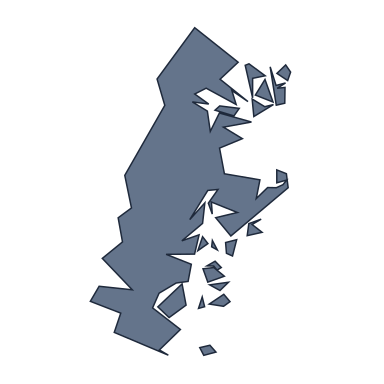 the Region of Aisén del General Carlos Ibáñez del Campo, rotated 183°
{"feature_id": "CHL-2691", "entity_name": "Aisén del General Carlos Ibáñez del Campo", "entity_type": "Region", "adm_level": 1, "iso_a3": "CHL", "parent_name": "Chile", "parent_adm1": "", "projection": "albers", "projection_center": [-74.056, -46.391], "detail": "medium", "context": "isolated", "style": "filled", "palette": "slate", "viewbox_px": 384, "rotation_deg": 183, "n_neighbors": 0, "source": "natural_earth", "source_scale": "10m", "svg_char_len": 1953}
<svg xmlns="http://www.w3.org/2000/svg" viewBox="0 0 384 384"><g transform="rotate(183 192 192)"><path d="M262.3,47.7L256.8,67.3L287.8,77.5L279.8,93.0L246.5,91.2L278.1,121.0L258.8,138.5L264.4,162.4L251.6,172.9L260.0,205.1L223.7,277.1L232.8,303.0L197.9,356.2L152.7,324.0L169.9,306.1L140.8,285.2L157.5,295.4L152.5,281.7L183.3,296.4L194.4,290.0L179.9,280.7L196.4,282.0L180.9,273.6L176.9,253.5L168.8,272.3L136.3,265.0L164.0,258.4L144.5,247.9L166.8,237.3L160.6,211.9L124.8,207.7L127.5,188.8L116.7,200.4L108.0,200.7L101.5,204.1L98.1,208.9L107.8,205.6L108.5,218.5L98.7,215.2L96.2,201.3L150.9,150.1L167.0,167.6L145.6,173.9L172.1,183.0L170.6,171.0L175.1,181.7L166.2,195.9L176.3,194.4L192.8,164.3L178.6,181.8L179.8,161.2L199.6,142.7L182.7,149.6L186.2,130.1L214.6,128.4L188.9,119.8L191.2,102.5L203.0,100.3L219.6,89.2L225.3,74.2L196.4,54.1L216.3,32.6L207.1,27.8L262.3,47.7ZM192.0,78.7L208.3,65.4L220.1,75.5L197.1,99.7L192.0,78.7ZM120.5,321.1L113.6,302.8L104.3,305.8L112.4,300.0L104.6,301.3L104.0,285.5L112.4,283.1L120.5,321.1ZM136.4,289.2L145.5,321.3L141.8,323.0L125.0,311.9L137.4,308.7L136.4,289.2ZM125.0,308.2L115.8,286.1L133.8,292.1L125.0,308.2ZM177.0,115.9L166.3,117.7L155.3,109.6L171.5,102.8L177.0,115.9ZM115.2,283.6L134.2,270.6L136.8,288.0L123.8,281.0L115.2,283.6ZM168.9,81.0L154.9,91.5L148.3,84.5L154.5,79.5L168.9,81.0ZM149.2,278.0L154.1,270.2L173.3,274.9L168.8,279.4L149.2,278.0ZM134.6,151.3L133.6,163.4L121.5,168.5L130.3,162.7L119.9,155.4L134.6,151.3ZM113.4,314.9L105.1,323.8L99.8,316.9L102.3,308.3L113.4,314.9ZM144.9,146.7L148.2,130.2L154.4,132.6L155.8,143.3L144.9,146.7ZM173.4,141.3L183.1,133.7L179.1,147.9L173.4,141.3ZM150.8,103.8L158.9,95.1L169.5,100.2L150.8,103.8ZM173.2,119.0L165.3,124.1L158.8,118.1L162.9,115.3L166.4,119.2L173.2,119.0ZM159.7,33.4L171.7,29.5L176.1,37.0L166.1,39.9L159.7,33.4ZM179.4,76.1L176.3,87.7L173.4,78.1L179.4,76.1ZM169.1,144.6L163.7,135.5L169.5,138.3L169.1,144.6Z" fill="#64748b" stroke="#1e293b" stroke-width="1.5"/></g></svg>